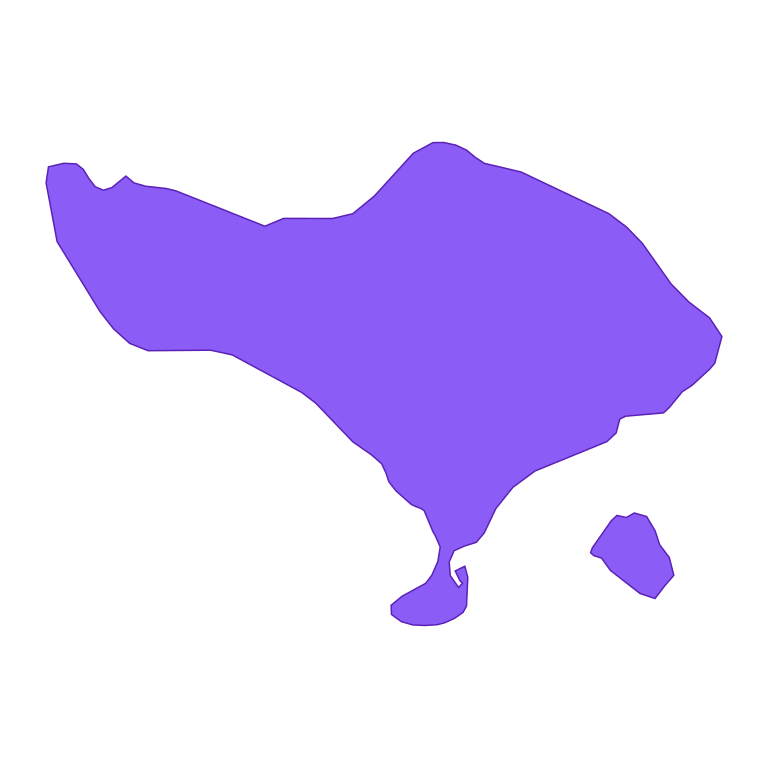 SVG path tracing the border of Bali
{"feature_id": "IDN-1232", "entity_name": "Bali", "entity_type": "Province", "adm_level": 1, "iso_a3": "IDN", "parent_name": "Indonesia", "parent_adm1": "", "projection": "robinson", "projection_center": [115.184, -8.453], "detail": "fine", "context": "isolated", "style": "filled", "palette": "violet", "viewbox_px": 768, "rotation_deg": 0, "n_neighbors": 0, "source": "natural_earth", "source_scale": "10m", "svg_char_len": 1493}
<svg xmlns="http://www.w3.org/2000/svg" viewBox="0 0 768 768"><path d="M671.2,284.1L689.0,302.1L709.6,317.9L721.9,336.5L714.8,363.2L709.4,369.4L692.2,385.2L682.3,391.7L669.2,407.6L663.5,412.9L625.6,416.2L619.8,419.1L616.1,433.0L606.9,441.6L535.0,471.0L512.9,487.3L495.9,508.5L484.2,533.0L476.3,542.3L464.4,546.1L454.1,550.7L449.2,562.0L450.3,575.6L458.5,587.4L462.5,583.3L460.0,580.8L455.2,571.0L464.8,566.2L467.8,577.3L466.5,606.1L463.0,612.4L454.6,618.3L444.9,622.7L437.3,624.7L424.8,625.5L412.6,624.9L401.3,621.6L391.5,614.5L391.1,605.3L402.1,596.2L425.7,583.3L431.9,575.1L437.8,561.6L440.2,547.0L435.2,535.5L432.8,531.4L424.1,510.5L420.1,508.1L415.4,506.4L411.1,504.3L395.9,490.8L388.9,481.8L386.0,473.1L381.7,463.8L371.8,455.1L352.9,441.9L315.8,403.2L301.8,392.5L232.2,354.9L210.5,350.2L148.1,350.7L129.7,343.4L113.5,328.8L100.1,311.7L57.1,241.6L46.1,182.9L48.5,166.8L64.0,163.3L76.4,163.9L83.4,169.5L88.5,177.9L95.1,186.7L103.4,190.2L111.8,187.6L125.9,176.1L134.0,182.9L145.4,186.2L166.3,188.5L176.0,190.9L264.8,226.2L283.6,218.4L332.4,218.5L352.8,213.7L374.5,195.9L413.3,153.2L433.0,142.6L443.8,142.5L455.8,145.1L466.8,150.3L475.2,157.3L484.2,163.3L521.1,172.0L608.9,213.7L626.5,227.0L642.4,243.4L671.2,284.1ZM634.3,513.0L646.6,516.5L655.1,530.8L659.7,544.8L669.3,557.5L673.8,575.3L664.6,586.0L655.0,598.5L640.0,593.5L610.4,570.4L601.6,558.1L594.0,555.7L590.6,552.8L592.3,547.9L611.3,520.7L617.0,515.4L626.3,517.5L634.3,513.0Z" fill="#8b5cf6" stroke="#5b21b6" stroke-width="1.5"/></svg>